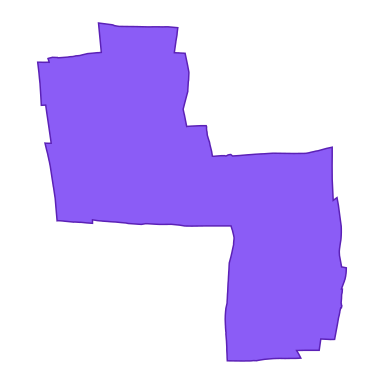 the district of Baneasa, Galati, Romania
{"feature_id": "2599482B61447316542835", "entity_name": "Baneasa", "entity_type": "district", "adm_level": 2, "iso_a3": "ROU", "parent_name": "Romania", "parent_adm1": "Galati", "projection": "robinson", "projection_center": [27.977, 45.93], "detail": "fine", "context": "isolated", "style": "filled", "palette": "violet", "viewbox_px": 384, "rotation_deg": 0, "n_neighbors": 0, "source": "geoboundaries", "source_scale": "gbopen_adm2", "svg_char_len": 4393}
<svg xmlns="http://www.w3.org/2000/svg" viewBox="0 0 384 384"><path d="M338.8,316.8L339.0,316.0L339.2,315.2L339.8,312.1L339.8,311.7L340.0,310.7L340.8,307.7L341.4,307.8L341.8,306.0L341.6,306.0L341.3,304.8L341.5,304.2L341.1,303.2L341.5,298.6L341.6,295.5L341.6,294.8L342.1,292.7L342.4,289.1L341.4,289.0L343.8,282.6L344.4,281.1L344.4,280.6L344.9,279.6L345.3,277.8L345.7,275.9L345.8,274.8L346.0,273.8L346.2,271.4L346.3,268.4L346.3,267.8L341.6,266.9L339.8,257.2L339.5,255.7L339.4,254.1L339.3,252.4L339.3,251.1L339.5,249.0L340.1,244.7L340.6,241.5L340.8,240.4L341.0,238.6L341.2,235.6L341.3,232.7L341.3,228.9L341.2,226.2L340.9,224.0L339.9,216.6L338.4,205.3L337.0,197.6L333.2,200.4L332.7,189.9L332.2,179.3L332.1,165.5L332.2,156.3L332.2,147.2L327.6,148.2L326.6,148.4L321.2,149.9L318.0,150.8L315.9,151.1L313.5,151.7L311.1,152.2L308.9,152.8L306.0,153.3L303.9,153.4L302.3,153.4L293.9,153.5L273.2,153.2L268.1,153.5L263.9,153.8L263.1,153.8L261.8,153.9L261.7,153.9L261.0,153.9L254.6,154.3L250.9,154.6L247.9,154.8L242.0,155.3L240.0,155.5L232.6,156.0L232.4,155.9L230.8,154.5L229.1,154.7L227.9,155.0L227.0,155.6L226.2,155.9L225.7,156.0L224.8,155.7L221.2,155.7L217.1,156.0L214.0,156.3L212.4,156.2L211.6,151.3L210.0,144.9L209.5,142.2L208.7,139.8L208.2,138.2L207.3,135.2L207.2,134.3L207.0,131.9L206.7,130.8L206.5,128.3L206.6,126.9L206.5,126.6L206.2,125.7L200.6,125.7L191.8,126.1L187.1,126.4L186.7,126.5L185.5,120.5L184.3,114.4L184.2,114.2L183.2,109.6L183.2,109.2L183.2,108.9L183.4,108.2L184.7,103.1L187.6,92.1L187.8,91.5L187.8,90.2L188.1,85.3L188.3,81.8L188.4,81.2L188.5,80.5L188.6,80.2L188.6,79.8L188.9,72.9L188.9,72.5L188.8,71.7L187.6,65.3L185.1,53.3L184.3,53.3L184.0,53.2L181.5,53.1L181.2,53.1L178.7,52.9L178.2,52.9L175.8,52.8L174.3,52.7L175.8,42.2L175.9,41.2L176.0,40.7L177.0,34.9L177.2,32.4L177.8,27.7L169.0,26.9L167.9,26.8L166.3,26.8L162.5,26.9L157.4,26.8L153.1,26.8L150.0,26.9L148.4,26.9L136.0,26.6L126.7,26.5L119.8,26.4L119.1,26.4L116.5,26.0L115.5,25.8L114.1,25.6L113.9,25.3L112.8,24.9L111.7,24.7L98.5,23.0L99.9,37.6L101.3,52.1L101.3,52.4L98.6,52.7L97.3,52.7L92.3,53.2L90.0,53.4L87.6,53.6L85.1,54.2L82.5,54.8L79.9,55.5L78.1,55.7L77.1,55.8L76.2,55.8L75.7,55.9L74.1,56.3L72.4,56.6L70.2,56.7L67.6,57.1L58.4,57.8L58.2,57.8L57.9,57.8L57.6,57.5L52.5,57.3L48.9,58.2L48.0,58.5L49.2,62.2L49.2,62.3L48.5,62.3L47.8,62.2L45.8,62.3L43.2,62.3L39.9,62.2L38.0,62.2L37.7,62.2L38.9,72.3L39.4,77.8L40.0,83.4L40.9,97.4L41.3,105.3L45.7,105.1L46.7,112.3L48.7,125.8L51.2,143.2L49.0,143.3L46.0,143.2L45.0,143.1L46.7,150.3L47.7,154.0L48.1,156.2L48.4,157.3L48.6,158.3L49.0,160.3L49.3,161.3L50.0,165.0L50.1,165.5L50.2,165.9L53.4,186.8L53.5,187.1L55.2,198.5L56.0,208.1L57.1,220.8L57.7,220.7L58.4,220.7L60.7,220.8L63.0,221.0L64.6,221.2L66.7,221.4L69.7,221.7L71.7,221.9L73.7,222.1L74.8,222.0L77.9,222.2L79.4,222.3L81.0,222.3L83.9,222.6L86.8,222.9L89.7,223.1L92.5,223.3L92.5,219.8L97.3,220.6L99.5,220.8L101.8,221.0L102.4,221.1L105.3,221.3L108.3,221.5L108.9,221.6L109.6,221.6L109.9,221.7L111.0,221.7L111.5,221.8L115.5,222.0L121.4,222.6L126.0,223.0L128.2,223.5L141.4,224.4L145.4,223.7L147.4,223.7L155.5,224.2L159.6,224.4L164.2,224.4L171.3,224.3L179.5,225.1L184.9,226.0L191.9,226.1L206.9,225.9L231.0,225.9L231.7,228.2L232.0,229.2L232.4,230.2L232.6,231.1L233.6,235.2L234.0,237.2L234.1,238.3L234.0,238.8L234.0,239.4L233.9,240.1L233.8,240.9L233.7,242.1L233.6,243.3L233.6,244.7L233.1,246.9L232.8,248.2L231.9,252.6L231.4,254.7L231.0,256.5L229.8,261.0L229.3,262.8L229.1,265.9L229.0,268.2L228.9,270.5L228.7,272.7L228.7,273.6L228.5,276.5L228.3,280.9L228.1,282.9L228.0,284.9L227.8,289.4L227.7,291.9L227.5,294.1L227.3,298.6L227.1,301.7L227.1,302.5L227.1,303.0L226.0,307.9L225.9,308.4L225.8,309.5L225.6,311.2L225.3,315.5L225.2,319.4L225.4,324.9L225.5,326.2L225.5,327.2L225.8,331.4L226.0,332.6L225.9,334.0L226.5,341.2L226.6,343.3L226.8,347.3L226.8,350.1L227.0,353.7L227.0,353.9L227.1,356.4L227.1,357.3L227.2,359.1L227.3,360.8L227.6,360.8L243.5,361.0L244.8,361.0L245.3,360.9L246.0,360.9L246.5,360.9L250.1,360.9L251.7,360.8L253.2,360.6L256.6,360.7L258.5,360.3L264.7,359.3L273.1,358.6L275.5,358.5L279.7,358.4L285.2,358.5L290.7,358.4L293.0,358.4L293.4,358.4L295.1,358.4L296.0,358.4L297.0,358.3L298.3,358.3L299.2,358.2L300.8,358.1L298.6,353.8L296.6,350.5L304.9,350.3L309.4,350.3L319.2,350.3L320.8,339.0L324.9,339.2L328.9,339.4L330.6,339.5L334.6,339.4L337.4,324.4L338.3,319.2L338.6,317.5L338.8,316.8Z" fill="#8b5cf6" stroke="#5b21b6" stroke-width="1.5"/></svg>